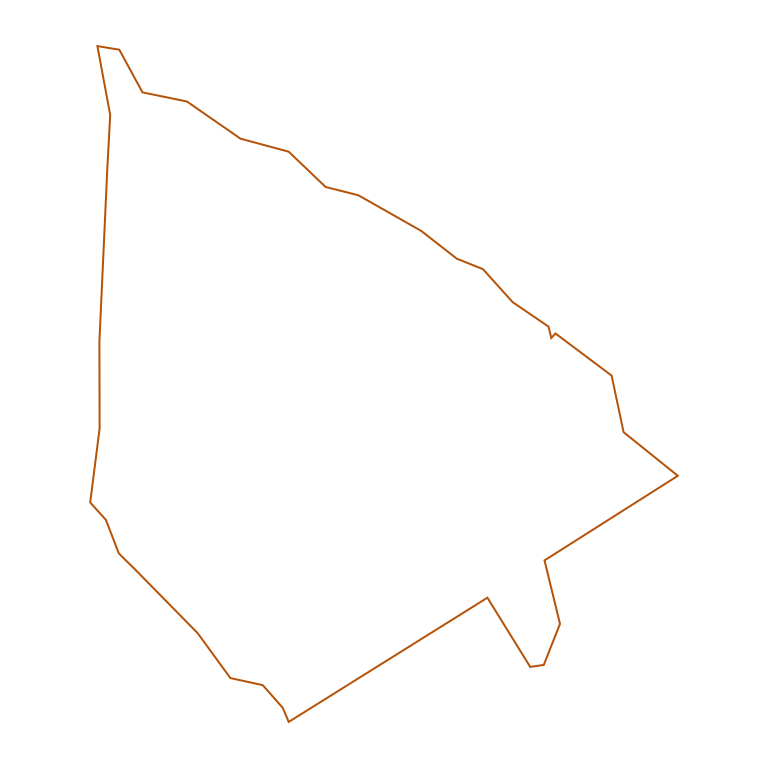 the district of Bamberg, South Carolina, United States of America
{"feature_id": "52423323B84288855823535", "entity_name": "Bamberg", "entity_type": "district", "adm_level": 2, "iso_a3": "USA", "parent_name": "United States of America", "parent_adm1": "South Carolina", "projection": "albers", "projection_center": [-81.054, 33.233], "detail": "fine", "context": "isolated", "style": "outline", "palette": "amber", "viewbox_px": 768, "rotation_deg": 0, "n_neighbors": 0, "source": "geoboundaries", "source_scale": "gbopen_adm2", "svg_char_len": 562}
<svg xmlns="http://www.w3.org/2000/svg" viewBox="0 0 768 768"><path d="M97.4,46.1L110.2,115.0L107.4,166.6L99.4,341.7L99.6,428.5L90.2,502.5L105.9,519.9L118.8,553.4L137.0,571.4L197.7,633.2L230.4,678.1L262.8,685.2L282.8,707.9L288.7,721.9L487.4,597.7L530.2,666.9L543.8,664.9L560.0,623.9L544.5,560.4L677.8,475.8L623.6,432.2L611.6,375.6L555.5,333.5L551.3,338.0L548.5,326.6L512.7,302.2L483.0,269.2L456.8,258.7L421.2,230.9L358.4,195.3L325.6,187.0L288.7,151.7L240.5,138.7L186.9,101.5L142.5,92.4L119.3,49.7L97.4,46.1Z" fill="none" stroke="#b45309" stroke-width="2"/></svg>